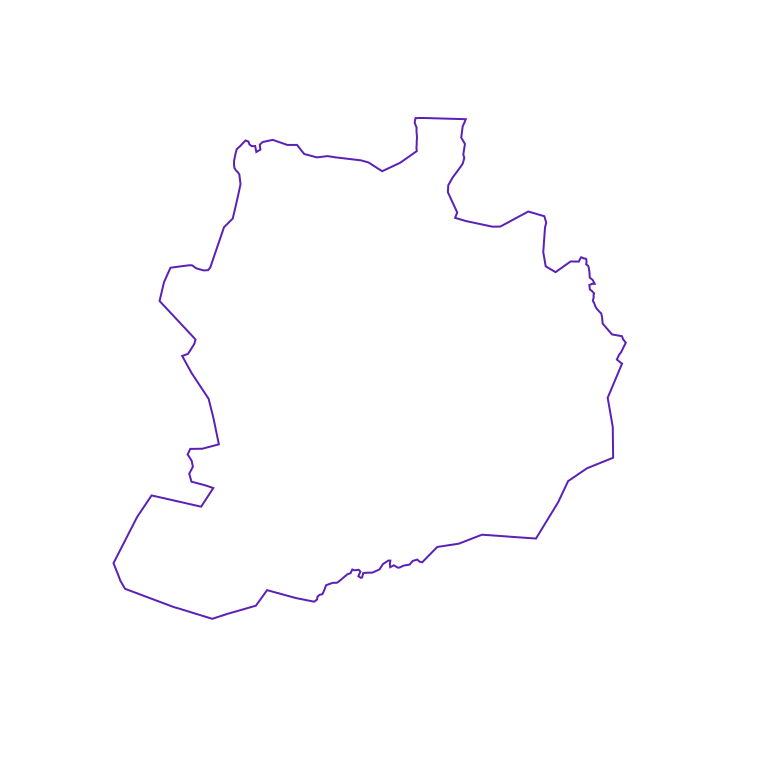 outline of Tsanyawa, Kano, Nigeria, rotated 198°
{"feature_id": "59680162B88365177272018", "entity_name": "Tsanyawa", "entity_type": "district", "adm_level": 2, "iso_a3": "NGA", "parent_name": "Nigeria", "parent_adm1": "Kano", "projection": "natural_earth1", "projection_center": [8.001, 12.281], "detail": "fine", "context": "isolated", "style": "outline", "palette": "violet", "viewbox_px": 768, "rotation_deg": 198, "n_neighbors": 0, "source": "geoboundaries", "source_scale": "gbopen_adm2", "svg_char_len": 3022}
<svg xmlns="http://www.w3.org/2000/svg" viewBox="0 0 768 768"><g transform="rotate(198 384 384)"><path d="M377.5,623.8L379.5,626.8L381.2,637.3L386.7,642.2L386.7,642.3L388.8,653.4L388.3,657.4L388.1,661.1L428.3,649.3L436.1,646.7L436.0,644.2L435.5,641.9L433.9,639.9L432.3,638.0L431.1,634.1L429.7,630.9L428.6,628.0L427.9,625.0L427.1,622.5L426.2,618.9L424.8,615.6L436.9,599.5L451.5,585.8L467.1,589.9L474.9,589.6L500.0,584.6L508.1,583.3L517.8,578.8L531.0,578.1L540.6,584.5L549.9,581.5L565.3,581.8L574.2,576.6L576.1,573.3L574.0,568.7L577.1,565.2L580.1,570.5L583.3,569.3L586.0,570.3L587.9,572.7L591.0,572.8L594.5,565.4L596.6,562.0L596.4,557.2L596.0,554.2L595.6,550.1L594.5,546.4L592.9,543.1L590.5,541.2L588.2,540.1L586.3,538.5L582.2,529.7L581.2,520.0L580.0,507.0L579.4,499.5L579.0,494.6L584.6,483.7L585.1,450.8L585.2,445.3L585.2,441.3L586.5,437.9L590.6,436.3L597.8,436.0L600.3,436.6L602.7,437.5L603.9,437.4L606.5,436.5L623.0,428.6L624.7,412.8L623.1,393.6L577.0,368.1L576.8,363.5L579.7,352.1L584.6,348.3L570.3,334.9L546.2,315.7L535.8,299.1L522.4,275.6L536.8,266.3L548.2,262.4L549.0,256.3L546.0,253.9L543.2,251.5L541.6,248.8L540.2,246.2L541.5,238.5L536.9,231.6L522.9,232.4L514.2,232.3L520.0,210.8L570.6,206.2L577.7,181.3L585.9,130.0L576.9,119.2L574.2,115.7L567.0,109.2L515.6,106.9L513.1,106.9L512.8,107.0L474.8,107.6L462.2,116.8L437.3,133.6L431.5,151.8L401.6,153.2L383.1,155.4L381.1,158.3L381.5,161.1L380.2,163.5L377.6,165.1L377.1,169.5L376.9,174.7L373.9,177.1L371.0,179.2L367.4,180.4L366.0,182.1L360.1,191.6L357.4,193.7L356.8,197.8L354.8,197.6L350.7,199.5L348.5,198.3L349.0,193.3L346.2,192.5L345.0,193.3L345.4,197.6L342.9,198.9L336.8,201.0L333.0,204.4L331.0,206.3L329.3,212.5L325.2,217.5L323.4,218.0L322.8,214.5L321.5,211.7L318.6,214.6L313.9,213.6L312.3,214.4L309.3,217.3L303.8,220.2L302.0,224.6L298.1,227.3L295.2,226.0L292.6,226.2L283.0,245.5L263.6,255.2L244.3,270.9L237.3,272.7L209.7,279.5L191.7,284.0L181.8,325.5L178.9,348.5L164.9,366.6L143.3,384.7L153.1,413.7L159.2,425.3L167.0,440.0L164.0,475.9L163.9,476.9L164.1,476.9L170.1,479.2L169.5,484.3L168.3,487.6L167.5,493.3L166.8,498.0L170.4,500.4L172.5,503.0L182.5,501.6L194.7,509.0L197.2,514.8L199.1,518.1L201.4,519.3L203.0,520.2L205.4,521.7L207.0,523.2L208.1,524.6L209.4,526.2L211.1,527.7L211.4,531.3L212.2,533.4L212.2,535.1L215.0,536.7L217.4,537.5L219.3,541.7L216.8,543.7L214.6,544.4L217.8,547.5L221.2,548.8L223.0,553.4L225.1,557.7L225.7,558.6L226.1,559.2L226.8,559.6L227.3,559.9L227.7,559.9L228.2,560.0L228.6,560.2L228.8,560.5L228.7,561.3L228.8,561.8L229.1,562.3L229.3,563.1L229.6,563.8L229.7,564.3L230.1,564.8L230.4,565.0L230.4,565.3L230.9,565.5L231.7,565.4L232.4,565.3L232.7,565.1L233.2,565.2L233.7,565.3L234.5,565.5L235.1,565.5L235.7,565.4L236.1,563.8L236.6,560.6L244.4,558.2L255.4,543.4L266.6,545.9L273.3,558.7L279.2,582.5L279.6,587.6L283.3,593.1L300.1,592.6L322.0,569.7L329.6,567.1L356.3,564.3L367.7,564.0L367.4,569.8L379.7,583.1L382.5,586.1L384.3,592.9L382.5,601.6L378.0,615.1L377.7,616.3L377.2,618.4L377.5,623.8Z" fill="none" stroke="#5b21b6" stroke-width="2"/></g></svg>